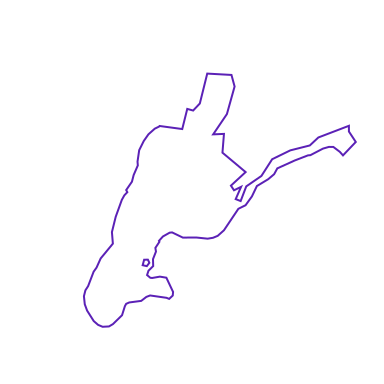 Kurgantepa, Andijon, Uzbekistan, rotated 137°
{"feature_id": "79887680B5008780353484", "entity_name": "Kurgantepa", "entity_type": "district", "adm_level": 2, "iso_a3": "UZB", "parent_name": "Uzbekistan", "parent_adm1": "Andijon", "projection": "robinson", "projection_center": [72.86, 40.792], "detail": "fine", "context": "isolated", "style": "outline", "palette": "violet", "viewbox_px": 384, "rotation_deg": 137, "n_neighbors": 0, "source": "geoboundaries", "source_scale": "gbopen_adm2", "svg_char_len": 1470}
<svg xmlns="http://www.w3.org/2000/svg" viewBox="0 0 384 384"><g transform="rotate(137 192 192)"><path d="M32.1,133.4L62.4,145.7L74.1,145.7L91.7,155.4L111.0,161.3L130.3,156.4L148.5,159.1L162.6,152.2L164.9,157.0L152.6,162.3L160.1,164.6L159.2,170.1L139.2,170.0L142.9,200.0L129.0,212.7L137.2,219.7L113.3,225.2L88.9,240.1L83.3,250.7L100.1,268.2L125.9,251.4L135.6,250.8L138.8,256.0L156.2,244.7L170.7,262.4L171.5,262.3L176.0,263.7L184.5,263.9L192.5,262.2L202.1,258.6L211.1,251.4L213.5,248.4L223.1,244.2L228.9,240.5L238.8,238.3L239.4,236.0L243.8,235.7L248.7,234.1L264.7,225.9L277.9,217.3L285.1,208.2L304.1,205.7L313.4,201.8L318.3,200.8L332.2,194.0L337.0,192.8L342.1,189.5L347.0,183.0L349.6,176.8L351.9,164.6L351.3,158.9L349.3,154.4L344.4,150.3L339.9,149.3L327.2,149.6L318.9,154.3L316.4,155.1L313.2,154.0L303.4,147.0L296.9,146.4L293.2,144.9L282.8,132.0L281.6,129.4L276.7,129.4L274.0,131.8L269.2,146.8L273.2,152.0L279.8,156.3L281.0,157.7L281.5,161.9L277.5,164.1L270.9,164.3L266.3,169.5L259.0,173.0L256.9,176.1L249.8,177.8L249.5,178.8L243.6,179.3L236.1,177.5L234.1,176.0L229.8,164.9L219.9,155.8L212.4,147.2L207.9,144.2L203.1,142.4L194.8,142.2L169.5,148.1L161.8,145.8L151.2,147.9L140.5,152.1L127.6,149.4L119.8,149.0L113.5,151.1L95.4,145.0L82.2,139.7L80.3,138.2L66.6,134.4L61.1,131.6L57.9,128.6L56.5,120.6L56.6,115.8L38.1,116.9L36.0,129.2L32.1,133.4ZM278.0,172.1L273.2,175.1L270.4,172.6L271.5,169.3L275.6,168.6L278.0,172.1Z" fill="none" stroke="#5b21b6" stroke-width="2"/></g></svg>